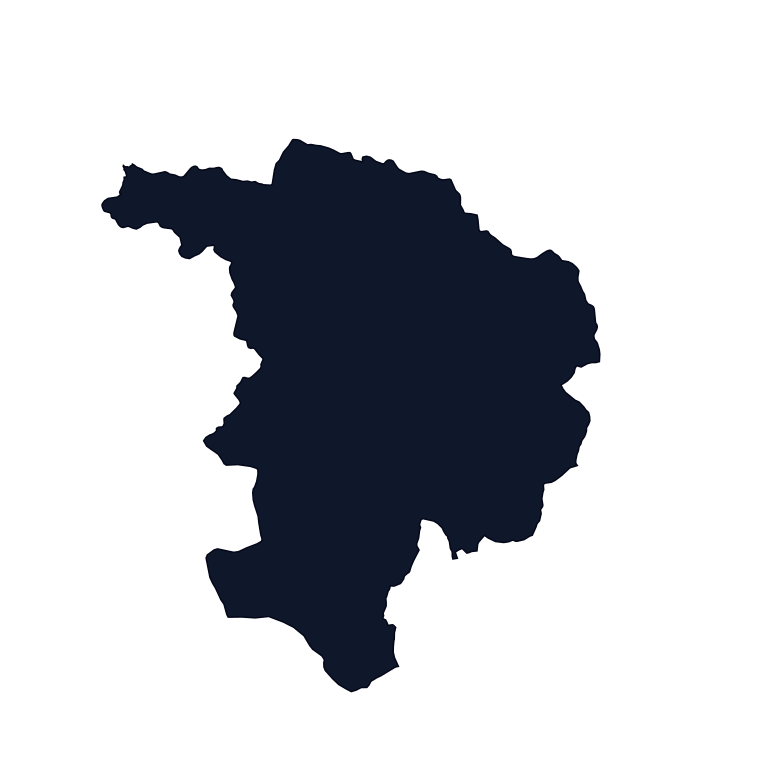 Bac Ha, Lào Cai, Vietnam, rotated 163°
{"feature_id": "81297802B71116262659242", "entity_name": "Bac Ha", "entity_type": "district", "adm_level": 2, "iso_a3": "VNM", "parent_name": "Vietnam", "parent_adm1": "Lào Cai", "projection": "mercator", "projection_center": [104.318, 22.502], "detail": "fine", "context": "isolated", "style": "filled", "palette": "ink", "viewbox_px": 768, "rotation_deg": 163, "n_neighbors": 0, "source": "geoboundaries", "source_scale": "gbopen_adm2", "svg_char_len": 6168}
<svg xmlns="http://www.w3.org/2000/svg" viewBox="0 0 768 768"><g transform="rotate(163 384 384)"><path d="M573.1,382.4L571.7,376.3L563.1,365.3L561.1,358.9L560.2,354.5L558.5,352.5L547.4,349.7L535.8,344.3L530.2,340.4L529.8,338.5L530.9,334.5L534.2,328.1L537.7,323.4L539.8,321.7L541.3,318.4L542.9,311.4L543.2,305.6L543.0,294.3L544.2,288.2L545.9,275.6L545.9,271.3L547.2,269.3L552.5,268.2L562.7,267.5L572.2,266.2L577.0,267.0L591.4,275.0L595.0,275.0L602.9,272.2L605.0,269.6L607.0,249.9L606.1,243.4L604.8,238.2L603.0,225.2L601.4,220.3L601.7,209.6L601.2,206.6L588.2,202.8L575.5,198.0L562.2,195.4L550.0,185.9L541.6,177.9L534.1,166.6L531.5,155.7L529.7,151.1L522.9,142.2L521.8,138.6L521.9,137.0L523.0,135.2L524.2,130.8L523.9,127.2L519.3,117.2L515.2,109.9L509.9,104.1L505.2,99.4L500.1,99.4L494.5,100.4L489.1,98.8L486.4,100.5L483.5,103.5L476.6,105.3L472.3,105.9L457.3,109.7L454.7,110.0L452.8,109.7L454.0,119.2L453.6,124.9L451.9,130.0L449.6,135.7L448.9,136.7L446.8,143.0L444.0,147.8L445.4,150.5L446.3,151.3L450.8,152.0L450.9,155.1L451.4,157.8L453.8,160.2L452.1,162.5L451.9,165.0L446.9,171.0L445.9,174.0L444.9,178.7L443.9,179.6L440.4,185.0L439.0,185.8L436.9,189.3L435.8,188.6L433.3,187.8L426.7,188.4L425.4,189.2L422.2,191.8L421.1,193.8L420.1,194.7L416.7,196.2L415.4,196.4L414.2,197.4L411.6,201.4L407.5,206.3L399.0,215.0L400.0,219.5L399.4,221.8L396.0,226.5L392.8,233.6L391.5,235.3L391.0,236.2L391.2,238.7L390.8,239.7L388.5,243.2L386.4,244.0L376.5,238.4L373.4,234.9L370.4,229.4L369.9,225.6L368.9,221.7L367.7,219.7L368.0,217.8L367.5,214.4L368.6,207.3L367.8,203.7L369.1,199.3L369.3,196.5L364.8,195.9L365.0,202.4L361.1,203.5L357.3,203.9L354.3,198.1L352.4,197.9L349.0,198.2L343.9,197.2L341.2,203.5L339.9,205.0L332.2,209.9L329.4,206.3L323.5,200.8L315.8,197.4L310.8,196.7L306.2,197.1L304.5,195.4L302.9,194.7L295.6,194.2L289.1,195.9L286.4,196.0L280.4,202.9L279.1,204.9L277.9,206.1L275.3,207.7L271.6,214.1L271.1,218.1L268.2,220.4L267.5,221.8L266.6,228.2L263.6,234.2L262.2,236.1L261.2,240.5L260.3,241.8L259.0,242.1L252.7,241.1L248.6,241.8L240.6,244.7L230.8,249.5L223.0,249.5L223.8,252.2L222.9,255.0L220.0,260.4L217.6,263.4L215.7,267.2L213.4,268.9L211.4,272.1L207.8,274.9L206.0,277.0L204.1,279.9L203.1,283.0L200.4,285.4L197.9,288.6L196.9,292.8L196.7,297.0L198.5,300.0L199.6,303.5L202.7,309.7L206.0,312.6L212.9,322.9L214.4,327.3L215.0,331.6L213.0,331.8L207.8,333.3L202.9,335.9L198.9,339.2L196.8,343.0L194.5,345.2L190.5,342.6L183.5,344.0L179.4,343.8L175.2,342.6L171.5,342.4L168.9,349.5L168.1,354.0L168.1,360.3L168.4,362.0L169.7,365.2L169.4,368.2L168.9,369.7L164.7,373.9L163.3,376.2L163.1,378.5L163.8,380.6L161.0,394.3L161.2,396.7L162.5,398.4L165.5,401.0L166.6,405.0L166.1,411.3L167.0,414.8L167.5,420.0L168.4,424.7L168.3,426.2L167.4,429.5L164.7,434.9L164.7,435.8L165.8,439.2L168.7,444.0L171.9,447.0L177.9,450.0L179.3,454.2L180.1,455.8L183.2,459.3L184.3,461.6L185.5,463.1L187.0,463.6L189.5,463.5L194.2,462.3L200.5,460.1L203.8,459.8L207.0,460.5L210.7,462.1L222.1,467.7L223.6,469.0L224.3,470.5L223.6,473.6L223.7,475.5L224.9,477.2L229.8,482.3L235.2,491.2L238.0,494.5L239.2,496.5L240.0,499.4L241.2,500.4L246.5,501.2L247.9,502.2L248.1,504.1L246.1,513.8L245.6,518.3L251.2,521.4L256.5,523.5L257.3,524.4L257.6,527.9L258.7,532.7L256.4,539.8L256.2,542.5L256.4,543.6L259.0,548.3L260.3,559.7L261.4,560.8L267.5,561.8L269.8,562.9L272.3,565.0L272.9,567.4L274.2,569.1L279.8,572.4L283.7,575.6L286.3,576.6L298.5,577.8L301.5,579.3L306.9,584.9L308.0,587.0L310.1,594.4L311.6,595.9L313.6,596.8L315.0,596.9L317.0,596.2L319.4,594.7L321.0,594.9L326.8,599.3L330.7,604.8L334.1,606.9L337.9,607.2L339.0,605.6L339.2,603.4L339.7,602.8L346.0,606.3L347.8,607.9L348.3,613.6L348.7,614.9L349.4,615.4L351.2,615.8L357.0,616.5L358.9,617.3L363.8,622.2L368.0,625.8L375.2,630.4L378.8,631.8L383.6,634.3L387.3,635.1L393.3,641.6L395.7,643.0L399.3,644.3L400.1,644.2L405.5,639.5L412.4,635.1L418.5,628.5L422.6,626.3L426.1,620.9L432.2,608.3L432.8,607.6L434.1,607.2L440.9,609.7L442.2,610.8L445.5,612.5L448.0,615.2L451.9,615.8L455.1,617.9L459.8,618.9L465.6,622.5L470.6,624.6L473.8,629.3L476.0,635.3L476.1,636.8L477.0,638.2L478.1,639.1L479.4,639.6L484.1,640.0L487.9,641.3L492.2,641.1L496.0,641.9L498.5,643.6L499.5,646.6L500.9,647.5L502.1,647.7L504.2,647.4L505.9,646.7L514.7,641.0L517.3,641.0L519.5,642.0L522.8,644.9L527.8,647.5L529.1,649.3L531.3,651.0L542.4,651.9L544.4,652.4L546.0,653.4L551.5,657.9L552.6,660.1L557.2,663.8L558.7,666.2L560.3,667.9L561.2,666.8L562.8,666.6L564.3,665.6L566.0,666.8L568.0,667.3L569.3,669.2L569.8,668.4L569.4,666.3L570.0,665.0L569.2,663.1L569.2,658.4L569.8,657.4L572.1,657.7L572.7,655.3L574.6,652.9L575.7,650.4L580.7,644.9L580.8,643.6L580.2,642.3L584.2,640.7L593.7,642.1L597.7,640.9L600.3,639.0L601.3,637.8L601.6,635.9L601.3,632.1L600.6,630.8L596.1,628.0L595.3,626.8L595.8,624.0L595.6,622.7L594.6,621.5L593.2,620.8L592.5,619.9L591.3,614.0L590.4,612.2L589.3,610.8L587.6,609.9L583.1,609.8L581.7,609.2L578.5,606.4L575.5,604.6L571.3,605.3L568.3,606.6L563.5,607.1L554.1,605.6L552.8,604.8L552.2,603.5L551.8,600.6L550.5,598.9L548.8,597.8L541.9,594.7L540.8,593.6L539.9,590.3L536.1,583.9L536.7,575.9L538.9,574.3L540.3,572.8L541.2,571.6L541.3,570.1L541.2,568.4L540.0,565.2L537.1,562.7L533.3,560.8L527.7,562.0L523.0,562.5L519.5,563.9L513.2,567.7L506.6,566.5L505.8,566.0L505.9,565.0L507.4,562.0L507.0,559.7L502.9,553.5L498.9,549.3L494.5,546.1L494.0,544.6L495.7,542.4L497.3,541.0L498.0,539.2L498.8,535.3L498.5,528.4L497.8,525.1L497.6,522.6L497.6,519.6L502.8,515.7L504.1,513.5L503.1,508.5L503.1,507.0L503.8,505.4L505.0,504.1L505.4,502.9L505.4,501.8L503.8,496.3L503.6,491.8L512.6,476.6L513.1,474.6L512.8,473.5L508.4,469.2L503.1,466.1L502.7,465.0L503.1,460.5L502.9,458.5L500.9,457.0L498.5,456.7L497.4,455.5L494.8,448.6L492.4,444.0L492.4,442.9L495.9,438.7L496.6,435.9L498.1,434.7L502.3,432.4L508.2,429.6L511.0,428.8L512.7,429.3L515.4,431.0L517.0,431.3L520.3,427.8L522.0,426.7L525.1,425.2L526.0,422.8L530.0,419.0L529.9,418.0L527.2,411.4L526.8,408.8L527.1,407.3L528.1,406.5L531.9,404.0L540.4,399.6L543.2,399.3L546.6,398.1L547.3,397.3L548.3,392.9L550.2,390.6L551.7,390.3L554.7,391.1L556.8,390.7L557.3,390.3L557.7,388.3L560.3,386.8L562.8,386.2L565.8,386.1L570.0,384.9L573.1,382.4Z" fill="#0f172a" stroke="#020617" stroke-width="1.5"/></g></svg>